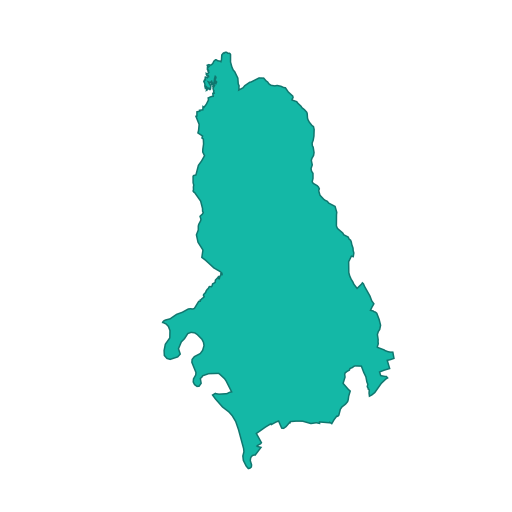 Unirea, Alba, Romania, rotated 77°
{"feature_id": "2599482B55596473633613", "entity_name": "Unirea", "entity_type": "district", "adm_level": 2, "iso_a3": "ROU", "parent_name": "Romania", "parent_adm1": "Alba", "projection": "robinson", "projection_center": [23.708, 46.42], "detail": "fine", "context": "isolated", "style": "filled", "palette": "teal", "viewbox_px": 512, "rotation_deg": 77, "n_neighbors": 0, "source": "geoboundaries", "source_scale": "gbopen_adm2", "svg_char_len": 6009}
<svg xmlns="http://www.w3.org/2000/svg" viewBox="0 0 512 512"><g transform="rotate(77 256 256)"><path d="M297.9,353.9L298.0,358.3L298.3,360.0L299.1,361.4L299.8,361.9L300.0,361.4L302.0,358.9L304.9,357.2L309.3,356.6L316.4,358.4L321.6,364.2L327.4,366.8L332.3,367.7L335.8,365.8L337.4,362.9L336.7,355.0L334.5,351.9L328.9,352.4L322.9,348.1L320.5,344.3L316.2,339.9L315.8,336.4L317.1,333.0L319.3,330.9L325.0,327.4L328.3,326.6L331.6,326.8L335.9,329.2L338.5,332.2L340.2,338.7L342.4,341.5L345.2,342.4L356.0,340.7L358.4,341.5L361.6,344.5L364.6,345.5L367.5,344.8L369.8,342.8L370.1,340.8L367.7,338.1L362.8,337.8L361.9,336.1L360.7,334.9L360.0,328.6L361.9,319.0L362.6,318.2L368.5,314.2L371.1,313.2L382.9,310.3L382.9,312.5L383.6,315.3L382.3,323.2L381.2,325.9L380.7,326.5L381.7,329.6L386.1,327.7L395.6,322.6L401.8,317.5L406.2,315.1L412.7,313.0L421.3,312.1L440.9,311.4L444.0,311.8L447.9,313.8L452.3,314.3L458.5,312.8L461.4,311.3L461.4,309.7L460.5,308.0L458.6,307.3L454.0,307.6L451.2,306.5L449.6,304.4L449.5,302.4L449.8,301.6L443.6,294.2L441.9,297.4L441.4,297.8L440.8,296.7L440.0,293.8L439.1,292.7L429.0,295.6L424.7,285.0L422.8,279.2L423.7,279.0L422.3,273.9L421.9,271.1L429.5,269.7L430.0,268.4L430.1,267.8L429.0,265.1L425.7,260.6L426.1,260.4L425.1,259.6L425.9,254.1L427.4,247.8L431.6,240.2L432.0,234.8L433.4,231.7L432.0,231.4L435.1,221.7L434.7,221.5L436.4,219.9L433.0,216.7L430.2,213.3L430.6,212.5L429.7,211.1L424.3,208.3L422.4,206.2L420.4,202.0L418.5,199.5L416.8,198.5L413.4,197.2L408.8,194.6L406.8,196.0L399.7,199.8L394.0,196.5L391.3,196.2L390.0,195.5L388.9,193.2L388.2,190.7L386.8,189.8L386.3,187.0L385.5,185.4L385.4,184.1L387.0,178.1L393.7,177.2L398.5,176.1L403.7,176.3L406.1,175.9L408.4,177.0L409.8,176.5L410.9,176.6L411.2,176.1L412.1,175.8L415.1,176.7L418.1,177.0L417.4,174.3L415.8,171.0L408.3,162.6L405.1,157.2L404.4,155.2L402.7,156.1L402.4,157.4L400.6,161.4L396.8,161.7L396.1,157.0L395.7,151.1L387.2,151.6L387.2,148.1L386.8,144.6L380.5,144.3L379.8,147.0L378.8,149.1L377.2,151.5L376.3,152.3L372.3,158.3L371.3,158.0L369.0,156.6L367.1,156.4L365.0,155.8L359.8,155.4L357.1,153.8L355.4,152.0L351.5,150.2L345.6,150.3L339.0,151.2L337.5,152.3L336.8,153.6L335.9,154.2L334.7,156.7L331.8,154.4L329.1,151.9L325.8,153.3L320.6,154.0L310.0,157.1L307.2,157.6L306.1,158.4L307.0,159.3L310.3,164.8L305.5,167.0L302.9,167.5L300.1,168.5L296.4,169.2L293.0,169.3L282.4,167.0L277.6,163.1L278.5,161.4L275.1,160.0L272.5,160.1L270.1,159.7L266.2,160.1L263.7,160.0L261.9,160.3L260.4,161.5L258.3,161.9L255.0,165.8L253.3,166.2L247.8,170.2L246.8,170.6L244.8,170.9L233.9,168.3L231.6,167.5L225.5,167.8L220.8,173.3L218.8,174.2L217.3,176.1L215.9,177.3L211.7,179.7L211.1,180.0L207.1,180.2L206.2,180.1L204.8,179.2L202.9,179.6L201.2,180.6L198.3,183.7L197.0,184.4L196.2,184.5L193.1,183.0L188.3,181.9L185.8,182.8L183.2,182.7L179.9,180.7L175.3,180.6L173.4,179.5L171.0,177.3L168.3,176.2L162.8,175.8L161.3,176.3L158.6,175.9L156.0,174.2L152.2,172.6L145.8,170.9L142.8,170.9L141.5,172.1L137.5,174.0L134.9,174.7L133.2,174.8L128.9,174.1L127.4,174.2L124.3,175.9L121.8,177.9L120.3,178.4L116.5,180.9L114.8,181.6L112.1,185.8L111.2,185.5L110.1,184.3L108.5,184.2L103.4,187.7L98.7,189.5L98.0,191.3L96.3,193.4L94.6,197.0L94.5,199.4L93.0,203.1L91.0,204.8L89.1,205.5L87.6,206.8L84.4,208.5L83.2,213.0L85.4,221.8L85.3,223.0L87.5,228.6L89.2,230.8L90.4,235.4L89.4,234.9L88.1,234.8L86.4,234.2L84.3,234.6L78.6,233.7L71.6,235.3L69.6,236.4L66.2,237.0L61.3,237.2L54.0,235.5L53.0,235.8L52.4,236.4L52.2,237.9L51.2,238.5L50.7,239.3L50.6,240.4L51.2,241.2L50.8,242.0L52.4,244.1L57.1,245.5L58.8,246.5L58.1,247.1L57.1,249.5L56.0,250.4L55.7,251.3L56.7,253.2L58.8,254.9L59.7,256.6L59.7,257.6L58.9,259.0L59.3,261.3L59.4,260.0L61.2,260.8L61.1,259.6L62.0,260.8L63.0,261.4L63.8,261.3L64.0,260.6L64.8,260.5L65.0,261.1L65.6,261.2L66.4,260.6L67.4,261.8L67.4,263.2L67.1,263.4L68.0,263.6L69.1,263.2L69.4,261.9L69.7,261.8L69.9,262.3L70.7,261.9L70.9,263.1L71.4,263.5L70.4,264.6L70.6,264.8L70.4,265.2L72.2,265.8L72.9,265.6L73.2,266.1L73.0,266.6L74.2,267.6L75.1,267.6L74.3,267.3L74.5,267.2L78.1,267.2L78.6,267.6L80.4,267.6L80.1,267.3L80.6,267.0L80.6,266.6L79.1,266.6L80.6,265.9L81.5,266.6L81.2,267.1L82.5,266.7L83.1,266.9L82.9,266.6L83.2,266.4L82.4,265.8L81.0,265.8L82.1,265.0L81.8,264.7L82.0,264.3L81.1,264.3L81.9,264.1L81.6,263.5L82.3,264.3L82.7,263.8L82.9,264.1L83.2,263.7L83.1,263.4L83.4,263.3L83.1,262.8L80.3,261.8L75.6,263.3L76.7,261.7L76.3,261.0L76.4,260.6L75.1,259.4L77.2,260.9L77.5,260.4L77.0,259.7L77.5,259.5L78.1,260.2L78.2,259.9L78.9,260.9L79.2,260.4L79.0,259.6L77.5,257.8L73.6,256.4L71.7,255.3L72.0,255.0L73.2,254.9L75.2,256.2L77.6,257.0L78.0,256.7L77.8,256.1L77.3,256.0L77.6,255.7L77.1,255.5L77.6,255.2L79.1,256.3L78.0,257.2L81.1,259.9L81.4,259.7L80.5,258.5L80.6,258.1L81.3,258.7L81.2,259.1L82.4,259.6L82.6,260.1L84.7,260.2L85.3,259.8L86.4,260.3L87.9,260.1L87.8,261.5L90.8,261.8L90.6,262.9L90.8,265.0L91.3,267.1L92.1,267.0L93.5,267.4L97.0,270.3L99.4,273.2L98.5,274.0L101.6,274.9L101.3,278.2L102.2,278.2L102.2,281.1L106.2,282.1L106.5,282.3L106.4,283.1L115.0,281.8L120.7,283.7L123.0,284.9L127.1,281.1L128.9,282.1L130.2,281.0L135.1,281.9L140.0,283.8L142.7,284.5L146.7,283.6L151.2,287.7L154.7,291.7L163.5,296.3L163.6,298.8L164.3,299.4L170.5,300.8L172.9,300.7L174.7,301.5L177.4,302.0L178.5,302.7L179.8,302.2L180.2,301.6L190.0,297.6L197.6,297.4L200.4,298.0L201.8,297.6L203.1,298.8L204.7,301.6L207.9,301.4L209.3,302.1L212.3,304.7L213.9,305.5L217.7,306.4L222.0,309.3L229.6,309.4L237.8,306.5L238.6,306.5L245.2,309.1L248.8,306.1L258.2,299.7L262.9,294.6L265.0,293.1L266.3,293.2L265.6,294.3L267.1,294.7L267.6,295.5L267.6,296.9L268.8,296.3L269.9,296.9L269.6,297.5L268.6,297.5L268.4,298.0L270.4,301.0L272.6,301.8L273.4,304.6L275.2,305.5L275.9,306.3L275.3,307.9L275.4,308.5L276.9,309.8L277.6,311.1L278.9,312.5L280.5,313.5L280.8,314.4L281.9,315.8L282.9,316.1L283.7,315.6L284.3,315.9L285.6,318.6L286.3,319.4L286.3,320.2L287.5,320.5L287.3,321.9L287.7,322.4L293.2,327.8L293.4,329.4L293.2,330.5L292.7,331.3L292.4,333.9L294.3,340.6L295.0,346.5L297.9,353.9Z" fill="#14b8a6" stroke="#0f766e" stroke-width="1.5"/></g></svg>